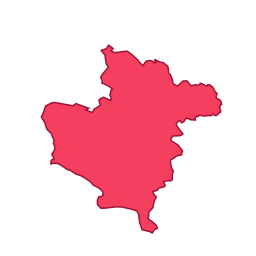 Kachia, Kaduna, Nigeria (Equal Earth projection), rotated 304°
{"feature_id": "59680162B32850327292174", "entity_name": "Kachia", "entity_type": "district", "adm_level": 2, "iso_a3": "NGA", "parent_name": "Nigeria", "parent_adm1": "Kaduna", "projection": "equal_earth", "projection_center": [7.682, 9.854], "detail": "fine", "context": "isolated", "style": "filled", "palette": "rose", "viewbox_px": 256, "rotation_deg": 304, "n_neighbors": 0, "source": "geoboundaries", "source_scale": "gbopen_adm2", "svg_char_len": 4010}
<svg xmlns="http://www.w3.org/2000/svg" viewBox="0 0 256 256"><g transform="rotate(304 128 128)"><path d="M54.6,206.8L57.0,206.9L58.0,206.7L58.4,206.8L58.7,206.8L58.8,206.9L60.7,208.3L61.3,208.5L63.2,205.4L63.9,200.6L63.7,197.6L64.1,196.1L64.7,194.6L66.2,194.6L68.8,192.9L70.8,192.3L72.2,192.6L74.0,193.0L75.9,193.1L76.3,193.1L77.4,192.3L81.3,191.0L84.4,190.3L86.2,190.2L86.6,189.8L87.1,187.7L87.5,186.2L87.9,186.0L89.1,184.3L89.9,184.7L90.7,185.5L91.1,185.7L91.3,185.9L92.7,187.0L94.0,187.3L94.4,187.0L95.2,186.9L96.0,187.4L97.6,189.3L99.4,190.7L100.4,191.2L101.3,190.8L103.5,187.6L106.3,190.0L106.7,190.7L108.2,193.1L108.7,193.1L108.9,193.1L110.1,193.6L112.4,191.9L114.0,190.9L114.3,190.8L118.0,189.3L118.0,188.8L119.4,186.2L121.3,184.2L124.3,181.7L126.2,181.3L126.9,182.0L129.9,183.3L130.5,183.2L132.0,184.0L133.4,185.2L135.6,187.3L135.8,187.2L136.2,187.2L136.9,186.8L139.5,186.0L141.2,180.7L141.8,179.7L141.7,174.7L141.6,171.6L141.9,170.2L142.0,170.1L145.6,169.4L146.8,170.1L147.0,170.4L151.1,175.8L153.8,176.8L154.0,176.0L156.4,168.9L156.9,168.3L157.1,167.3L157.4,166.5L159.2,165.6L159.4,165.6L162.8,166.1L162.5,169.8L164.8,170.8L168.6,170.6L169.7,173.3L169.5,174.4L172.2,179.4L173.8,178.1L175.7,178.2L177.0,179.9L177.4,179.8L178.7,180.2L180.2,184.1L181.0,184.7L181.1,184.9L181.4,185.8L182.5,186.6L183.6,188.0L184.1,189.5L187.0,190.7L187.0,191.3L186.9,192.3L187.3,193.9L188.4,194.4L188.5,194.4L189.0,194.5L189.2,194.8L192.5,195.1L192.8,195.8L194.7,194.7L195.8,192.6L197.1,192.5L197.5,191.8L198.3,191.6L200.1,192.4L200.7,191.5L201.5,190.8L202.5,189.2L202.6,188.0L202.3,186.0L202.2,185.7L202.2,185.4L202.3,185.2L202.7,183.8L203.0,183.6L206.3,182.6L206.7,182.2L206.3,181.0L208.1,177.6L209.4,175.1L209.1,174.4L209.6,171.9L208.5,169.8L207.4,169.9L206.5,169.1L206.1,165.3L206.2,165.0L205.5,162.9L203.9,163.2L202.8,162.1L202.7,161.9L202.2,161.2L201.8,160.1L200.3,158.6L198.6,156.8L198.6,155.2L200.0,150.9L199.7,150.1L198.0,147.6L197.9,147.5L196.9,147.1L193.8,146.5L193.7,146.4L190.9,145.6L190.2,144.7L190.0,140.9L190.1,140.5L193.6,137.0L193.6,136.7L195.0,134.4L195.9,133.6L196.2,130.9L198.2,129.4L198.6,129.4L201.4,126.4L201.9,120.4L201.4,120.1L200.3,116.2L199.8,112.4L199.1,112.1L198.8,112.1L198.2,114.6L196.6,113.4L196.9,111.5L196.7,109.3L195.8,108.0L193.5,105.6L188.0,105.5L189.1,99.7L189.8,98.3L191.0,90.4L191.2,84.9L191.0,84.1L188.7,81.2L187.7,80.0L186.2,78.8L185.1,77.1L183.4,75.4L183.1,74.7L182.6,72.5L182.7,70.6L184.0,71.0L185.6,71.4L185.7,69.9L185.8,65.6L181.5,65.7L177.7,62.5L177.1,62.7L175.5,68.5L174.8,68.8L169.0,74.0L167.6,77.6L163.6,77.3L161.8,77.1L159.1,76.8L155.6,76.8L154.6,77.3L152.5,80.4L150.6,81.3L151.3,84.5L151.5,85.6L151.7,86.7L151.8,87.6L151.7,87.8L152.0,89.3L151.3,93.6L149.5,92.7L148.0,93.6L147.2,93.9L145.1,94.6L144.2,96.3L141.9,98.7L141.0,97.4L139.8,90.6L139.3,90.3L137.0,88.8L135.0,88.3L132.9,90.4L131.8,92.4L126.3,90.3L126.1,90.0L125.6,89.5L125.3,89.5L120.7,89.6L119.4,83.0L122.4,84.5L119.1,71.1L118.8,71.1L115.6,69.9L109.2,55.3L108.1,52.8L105.9,50.5L102.3,48.5L100.2,47.5L92.9,49.3L92.7,49.4L88.7,50.0L86.0,55.8L82.2,60.6L81.3,62.6L80.7,67.3L78.5,70.1L78.0,71.6L75.8,74.1L73.5,74.7L72.3,76.7L70.9,78.1L69.3,79.3L67.1,79.3L66.2,79.6L64.8,79.3L63.3,79.9L62.3,81.9L61.2,84.0L60.3,84.0L59.4,82.8L58.5,82.5L56.7,83.1L55.1,84.3L55.9,84.9L57.0,85.9L57.9,86.9L58.5,88.0L59.3,89.7L59.7,93.6L59.7,96.1L59.7,97.4L59.7,99.8L59.8,101.8L60.2,102.9L60.5,103.6L60.7,105.4L60.7,107.5L60.6,108.9L60.6,109.4L60.9,111.0L61.0,111.7L61.3,112.6L62.1,115.3L62.4,120.1L62.4,121.6L62.4,121.9L62.4,123.4L62.4,123.9L62.5,124.3L62.3,128.3L61.9,128.6L61.2,131.2L61.6,134.0L61.8,135.2L61.9,138.2L61.7,140.0L61.6,140.8L60.6,143.4L59.4,144.0L58.5,144.8L57.5,144.8L56.1,144.0L55.6,143.2L54.7,142.2L51.1,143.0L49.8,143.8L49.2,144.2L48.2,145.0L47.4,145.6L46.9,148.2L46.8,148.9L46.7,149.1L46.4,150.7L48.2,152.9L49.5,154.7L49.6,154.8L55.4,161.5L59.0,166.9L61.1,172.2L62.8,176.6L64.1,181.6L62.5,185.0L55.9,190.7L53.6,194.0L51.5,196.5L54.1,203.5L54.6,206.8Z" fill="#f43f5e" stroke="#9f1239" stroke-width="1.5"/></g></svg>